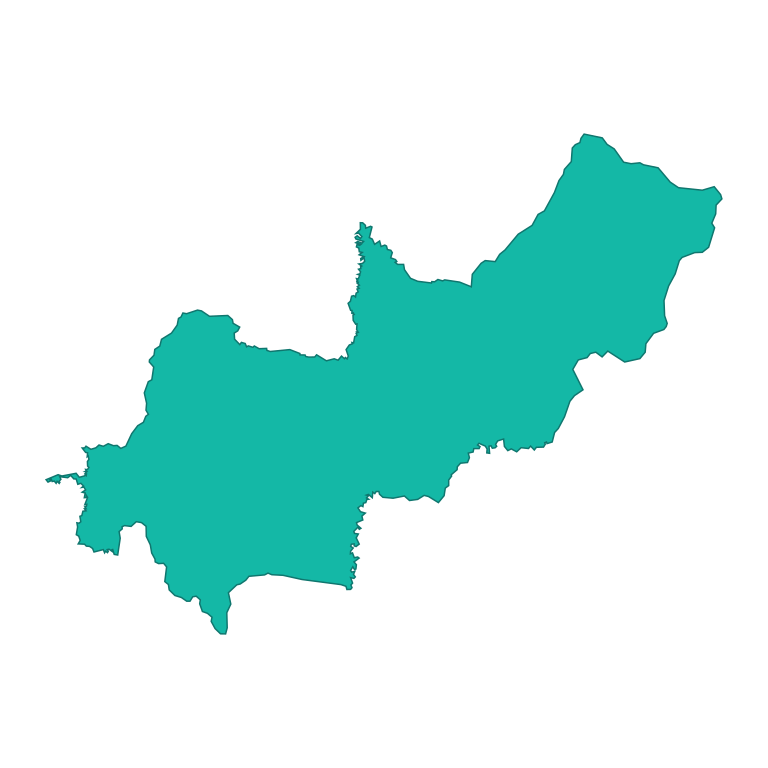 Thoeng, Chiang Rai, Thailand (Mercator projection)
{"feature_id": "78962969B30724272776962", "entity_name": "Thoeng", "entity_type": "district", "adm_level": 2, "iso_a3": "THA", "parent_name": "Thailand", "parent_adm1": "Chiang Rai", "projection": "mercator", "projection_center": [100.122, 19.692], "detail": "fine", "context": "isolated", "style": "filled", "palette": "teal", "viewbox_px": 768, "rotation_deg": 0, "n_neighbors": 0, "source": "geoboundaries", "source_scale": "gbopen_adm2", "svg_char_len": 6051}
<svg xmlns="http://www.w3.org/2000/svg" viewBox="0 0 768 768"><path d="M467.5,462.5L469.4,457.7L468.3,453.1L473.1,452.0L473.8,448.6L479.1,448.6L480.0,446.6L477.5,445.0L479.0,443.3L485.3,446.1L487.1,449.0L486.8,452.9L489.6,453.3L489.0,446.2L491.0,445.8L492.3,448.2L495.1,447.8L496.7,446.3L495.6,444.3L497.7,440.9L503.6,439.0L504.4,446.4L507.8,450.6L511.3,448.9L516.7,451.8L521.1,447.7L528.5,448.5L530.6,446.1L534.3,450.0L536.4,447.3L543.5,447.1L545.3,444.2L544.7,442.7L546.5,442.0L547.0,443.6L552.2,442.0L554.6,432.5L558.3,428.5L564.5,416.8L569.9,401.3L574.5,395.6L583.0,389.8L572.8,369.4L578.3,359.9L587.1,357.6L590.3,353.5L595.8,352.2L602.1,356.9L607.8,351.1L624.7,362.0L639.9,358.6L645.2,352.2L645.9,343.7L653.6,333.3L663.9,329.5L666.2,326.6L667.2,323.4L664.6,315.7L664.0,300.5L668.6,286.0L675.2,273.9L679.3,260.7L682.1,257.4L694.7,252.6L702.3,252.3L708.6,247.3L714.6,227.8L711.8,223.2L715.7,213.9L716.1,205.1L721.9,198.9L720.6,194.6L714.2,186.7L702.3,190.2L678.5,187.7L670.2,182.1L658.1,167.8L643.5,164.8L639.9,162.8L631.1,163.7L623.6,162.2L614.2,148.9L607.1,144.4L602.3,137.9L584.1,134.1L581.0,138.3L579.9,142.6L575.3,144.7L572.3,148.0L571.3,161.6L564.4,169.4L563.4,174.4L559.0,180.5L554.4,192.6L544.4,210.9L538.1,214.4L532.1,225.4L518.2,234.2L505.0,250.0L499.7,254.3L495.2,261.6L485.2,260.6L481.1,263.3L472.3,274.3L471.3,286.8L459.6,282.1L444.7,279.9L442.6,280.9L437.9,279.5L434.6,281.8L431.8,281.6L431.5,283.0L417.7,281.3L410.5,278.3L404.5,269.7L403.6,264.4L397.6,264.4L395.1,262.3L396.8,261.5L395.5,259.6L390.7,257.8L392.3,252.6L390.8,250.3L387.4,249.5L386.5,246.0L384.8,245.1L381.1,246.5L379.6,241.0L374.6,244.3L372.3,239.1L369.3,237.6L372.0,227.0L370.6,226.3L365.7,228.2L365.4,225.3L362.7,222.8L360.3,222.7L360.4,229.3L356.0,233.5L358.6,233.1L361.9,236.6L360.5,238.4L357.2,235.8L355.1,237.3L355.9,239.0L363.6,241.4L362.0,243.1L357.7,241.5L355.8,242.7L360.9,244.4L359.6,245.4L357.0,244.6L356.4,246.9L358.8,248.1L359.3,251.8L362.2,252.4L359.1,254.8L364.0,256.6L360.7,258.5L360.9,260.3L364.1,257.9L364.7,261.3L362.5,263.4L358.9,264.0L362.4,266.4L360.6,266.0L360.8,268.6L358.5,269.2L360.6,271.8L359.9,273.8L357.8,274.4L359.8,275.2L358.2,278.9L356.5,278.6L357.4,280.7L356.3,281.6L357.6,281.3L357.1,282.7L358.3,282.5L357.8,283.7L359.4,285.2L357.3,286.7L359.1,288.3L357.0,289.1L358.2,291.9L356.1,293.2L355.5,297.0L353.8,295.6L351.6,296.2L350.4,301.3L348.1,303.3L350.6,310.3L352.0,310.5L351.9,313.2L354.0,312.8L353.0,313.5L354.1,314.5L353.0,315.1L353.2,320.4L355.7,324.2L357.0,323.9L356.6,329.5L357.7,331.4L356.8,331.8L358.0,332.4L356.1,333.3L357.0,335.4L354.7,336.7L353.6,342.9L351.9,342.5L352.3,343.8L349.3,345.0L346.1,349.6L348.3,356.1L347.1,358.9L345.4,357.5L344.4,358.7L341.5,356.1L338.1,360.2L334.2,358.8L326.4,360.8L316.6,354.8L314.7,357.0L308.8,357.1L305.7,356.5L305.1,355.0L300.0,354.9L299.9,353.5L289.8,349.6L270.2,351.5L266.9,350.4L266.6,348.4L259.1,348.7L254.3,346.0L252.9,347.3L248.3,345.9L246.6,346.8L245.2,343.5L241.4,342.4L239.8,344.6L234.6,339.2L234.2,333.1L237.7,330.9L239.7,327.1L233.1,323.3L232.4,319.6L227.8,315.5L209.5,316.3L201.5,310.9L197.5,310.1L186.6,313.7L182.9,313.0L181.0,317.0L178.5,318.4L177.2,325.1L171.5,333.1L161.5,339.3L159.8,346.1L154.8,349.4L154.0,355.2L149.5,359.9L149.3,362.0L153.7,367.0L151.8,379.8L148.3,381.7L144.3,392.9L146.6,403.3L146.0,410.2L148.4,414.3L145.8,416.3L143.4,422.3L137.8,425.6L131.7,433.7L125.9,446.1L120.8,448.4L117.1,445.4L113.5,445.7L108.2,443.7L103.3,446.3L99.0,445.0L95.9,447.8L90.9,449.3L86.0,446.2L84.7,447.9L82.2,448.0L85.6,452.4L87.6,452.8L87.2,456.7L88.2,455.9L88.9,459.3L87.4,461.5L87.6,466.1L88.9,467.4L87.4,469.6L85.6,469.4L86.3,470.9L85.1,471.5L86.8,471.7L85.1,473.6L86.5,473.9L86.2,475.6L85.2,474.6L84.8,475.8L79.3,477.3L76.1,473.3L61.9,476.0L58.1,474.7L46.1,479.7L48.0,482.1L50.6,480.9L49.7,479.3L50.9,478.3L52.2,481.5L54.3,481.1L56.1,483.3L57.1,481.3L59.2,483.4L59.8,482.4L58.6,481.9L60.9,479.3L59.7,476.7L67.7,477.7L70.7,475.4L73.8,478.9L76.2,479.0L77.8,484.3L80.9,483.3L83.5,486.0L81.9,487.4L83.9,487.1L85.6,489.9L82.2,492.2L85.2,493.0L84.3,497.7L86.5,497.5L86.5,495.7L87.6,497.4L84.8,504.7L86.8,504.3L86.4,506.3L84.8,506.8L86.1,508.7L84.5,508.8L86.0,510.8L82.9,511.2L81.8,515.6L79.9,516.3L80.8,521.8L79.0,523.2L76.9,522.8L77.6,527.0L76.3,534.7L78.7,536.1L80.2,540.4L78.2,543.9L84.6,544.2L86.3,546.1L89.6,546.4L92.6,548.5L94.0,552.0L103.3,549.6L104.6,552.8L105.6,551.2L107.5,552.6L108.3,551.2L107.2,549.6L109.0,549.2L112.1,551.4L111.5,550.0L112.7,549.5L114.2,554.4L117.7,555.0L120.2,538.2L119.1,531.6L122.2,528.9L122.1,526.7L124.5,525.6L131.1,526.4L136.3,521.7L141.5,522.6L146.1,526.3L146.3,536.4L150.3,544.8L151.7,553.0L155.0,559.1L155.2,561.9L158.6,563.6L163.6,563.3L166.6,566.9L164.8,581.6L168.4,584.5L169.2,589.9L174.9,595.5L181.4,597.5L186.7,601.2L190.0,601.2L192.7,596.8L196.2,596.2L200.3,599.8L199.7,603.8L202.4,611.5L207.4,613.3L212.0,617.2L211.2,621.4L215.1,628.6L220.5,633.8L225.6,633.9L227.2,627.8L226.8,612.7L230.8,604.1L228.4,592.7L236.8,584.8L240.2,584.0L245.8,580.2L248.9,576.3L264.6,574.9L268.0,573.1L271.8,574.7L283.0,575.3L302.0,579.5L341.0,584.6L346.0,586.3L346.9,589.5L350.6,589.4L352.0,587.7L350.9,585.0L352.6,583.1L350.6,577.6L353.9,578.4L355.3,576.9L353.5,574.4L354.8,571.3L351.7,572.1L350.6,570.5L352.8,566.8L354.5,569.5L355.9,569.0L356.4,564.7L354.0,561.9L359.1,558.1L357.7,557.0L354.3,557.7L352.5,552.9L350.4,553.8L350.6,551.2L353.2,548.0L350.7,546.4L351.4,544.2L354.1,543.9L354.2,545.9L356.1,546.5L359.2,544.1L356.2,537.9L358.3,534.0L354.5,533.4L353.8,531.4L357.9,527.2L359.3,529.3L360.9,528.3L357.1,525.0L356.5,522.6L362.8,520.0L361.9,516.1L365.3,513.1L360.5,511.7L357.9,507.9L360.9,505.6L362.9,506.6L363.4,503.2L365.8,502.6L366.8,499.5L368.6,499.2L366.5,497.9L368.4,495.8L366.4,495.1L368.4,494.4L372.3,497.7L372.8,492.1L374.8,493.6L376.2,491.5L378.9,491.5L379.5,494.2L382.9,497.3L393.1,498.2L404.4,496.0L409.5,500.5L417.7,499.4L424.1,495.4L428.5,496.5L438.4,502.6L444.1,495.7L445.3,488.1L448.7,485.6L448.7,480.0L451.6,476.1L451.2,474.8L457.1,469.7L457.3,466.8L460.5,463.2L467.5,462.5Z" fill="#14b8a6" stroke="#0f766e" stroke-width="1.5"/></svg>